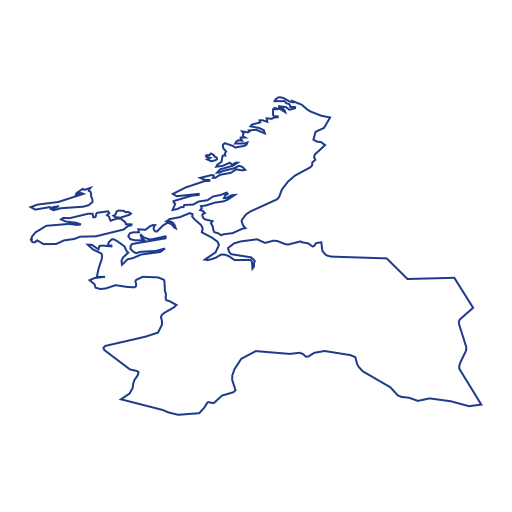 the County of Sør-Trøndelag
{"feature_id": "NOR-911", "entity_name": "Sør-Trøndelag", "entity_type": "County", "adm_level": 1, "iso_a3": "NOR", "parent_name": "Norway", "parent_adm1": "", "projection": "robinson", "projection_center": [9.786, 63.353], "detail": "fine", "context": "isolated", "style": "outline", "palette": "blue", "viewbox_px": 512, "rotation_deg": 0, "n_neighbors": 0, "source": "natural_earth", "source_scale": "10m", "svg_char_len": 6056}
<svg xmlns="http://www.w3.org/2000/svg" viewBox="0 0 512 512"><path d="M454.3,277.8L473.1,307.8L460.0,319.3L458.8,321.6L459.2,324.7L466.3,347.2L466.1,350.6L460.6,361.9L459.2,366.0L459.4,368.9L481.3,404.6L469.0,406.2L451.0,401.3L429.6,398.4L417.9,400.9L408.9,397.7L401.4,396.9L397.7,395.3L390.4,387.3L362.9,371.4L358.7,366.9L357.1,364.1L355.3,357.1L350.3,355.1L324.6,351.0L314.3,352.8L308.4,356.5L305.9,356.7L303.0,354.0L299.5,352.8L289.7,353.9L255.8,351.1L241.3,358.8L234.6,369.0L232.3,375.4L232.2,380.0L235.5,390.1L233.5,392.2L222.0,395.6L214.4,402.6L212.8,403.1L208.3,402.1L207.4,402.6L204.1,407.9L199.2,413.2L178.2,414.8L168.4,412.4L162.8,410.0L121.0,399.3L129.6,393.5L132.7,387.9L133.1,384.1L134.4,380.1L137.9,375.0L138.5,372.1L136.9,371.0L129.9,369.4L104.4,350.1L103.4,347.8L105.3,345.9L145.3,336.7L158.0,332.6L162.0,324.6L161.9,320.6L160.9,317.1L161.8,315.0L164.2,312.9L173.7,307.5L176.5,305.0L169.6,301.2L166.3,300.2L165.6,297.9L166.0,294.0L164.9,290.8L164.5,281.6L163.8,279.7L158.0,277.4L142.7,276.8L136.2,279.9L135.4,281.1L136.2,284.6L135.9,286.4L134.5,287.3L127.7,287.0L115.6,285.2L105.6,288.5L100.3,289.0L95.6,287.7L94.5,284.2L89.6,280.2L94.7,278.0L105.1,276.8L96.8,277.0L98.7,268.1L101.7,259.2L102.1,255.6L101.4,253.5L93.2,249.6L87.8,244.7L91.9,244.8L98.4,249.4L99.5,245.9L103.4,245.6L111.4,246.4L111.4,245.5L108.7,245.5L108.0,244.2L108.9,242.2L111.8,239.3L113.8,239.3L117.6,241.4L124.5,246.4L126.8,251.4L128.3,252.6L123.1,257.4L121.5,260.9L122.0,264.7L127.6,259.3L133.0,258.1L141.2,254.5L160.2,252.0L165.0,248.5L155.7,251.0L140.7,251.8L136.0,253.2L133.1,251.5L130.4,248.8L130.6,246.0L132.1,244.0L165.6,238.3L165.8,236.9L165.4,236.3L152.4,239.3L148.9,239.3L143.6,237.4L140.5,234.3L141.7,238.3L144.4,240.4L135.2,240.3L130.4,239.2L128.3,236.4L129.8,233.3L133.3,232.3L139.0,232.3L138.3,229.3L145.5,229.8L150.1,226.2L152.9,225.0L155.1,225.2L154.0,226.4L153.6,228.1L154.0,229.9L155.1,231.2L156.8,231.6L163.2,225.3L167.1,223.0L169.7,223.3L171.7,224.4L174.3,227.6L175.8,228.3L174.4,224.7L172.7,222.5L170.3,221.5L166.6,221.2L169.5,219.1L179.7,217.2L189.8,213.1L192.6,214.2L192.2,216.6L194.4,219.2L201.1,225.1L202.3,227.2L202.6,229.6L201.8,232.3L212.1,237.7L217.6,241.8L219.0,245.0L215.5,252.4L204.8,259.6L207.4,260.1L211.6,259.2L215.8,257.7L221.1,254.5L225.0,254.7L228.7,256.1L234.6,260.1L250.6,259.9L251.9,261.7L252.5,268.6L254.0,266.5L253.9,263.1L254.8,261.1L253.2,259.1L250.9,257.3L231.1,254.2L229.0,251.7L228.0,248.1L234.0,243.4L240.9,241.4L257.0,239.3L265.1,242.9L273.4,240.7L277.3,241.0L284.5,243.9L287.9,244.6L300.6,241.4L301.2,242.1L308.3,243.4L312.6,246.5L314.0,246.0L316.2,243.1L321.3,242.3L322.4,251.0L325.8,254.9L327.8,255.8L331.2,256.6L386.7,258.4L407.5,279.0L454.3,277.8ZM245.5,228.1L242.0,228.9L232.4,233.2L223.3,234.3L221.2,235.3L218.5,233.4L214.3,232.2L213.2,229.6L212.7,226.3L210.9,223.3L212.5,221.2L204.8,219.3L203.1,217.6L202.3,215.6L202.7,214.0L204.8,213.1L203.0,211.0L200.2,210.1L201.8,208.2L201.0,206.1L205.9,205.5L214.9,202.6L223.4,201.4L227.4,199.8L234.7,195.0L231.8,195.2L226.7,197.8L224.0,198.1L225.3,195.2L227.7,193.9L226.7,192.6L220.5,195.0L213.0,196.5L207.5,200.2L198.8,201.5L193.2,204.6L184.3,205.0L183.5,207.1L181.1,207.1L177.3,209.1L172.6,210.0L175.2,203.9L173.5,202.0L173.5,201.1L192.1,195.6L198.7,195.0L198.7,193.9L176.7,196.2L172.8,193.9L185.8,187.4L204.6,181.1L209.4,180.9L209.4,180.0L204.5,179.8L200.2,177.9L211.3,175.1L213.6,175.3L213.8,176.7L213.0,177.8L215.1,177.9L220.1,174.8L230.9,172.8L236.2,169.4L242.6,170.4L245.2,169.8L242.5,167.0L239.1,165.8L234.0,168.3L222.7,171.1L219.1,172.7L217.0,172.7L220.3,169.3L233.0,165.7L237.6,162.7L235.9,162.6L232.2,164.7L229.8,162.7L222.5,165.9L216.2,166.7L217.2,164.9L221.6,161.7L222.3,156.9L223.1,155.4L225.3,155.6L224.9,153.5L226.1,151.5L223.6,148.7L222.8,146.7L223.0,144.6L224.8,143.2L232.6,145.8L235.3,147.5L244.6,145.8L246.5,144.6L247.4,142.5L244.5,143.4L235.2,143.5L236.3,141.5L238.1,140.3L242.1,140.6L240.6,138.5L240.6,137.5L245.1,137.5L243.0,136.2L242.9,135.0L243.6,133.4L242.1,131.4L247.9,132.4L249.6,131.4L248.9,130.4L256.2,129.8L264.8,133.4L263.8,130.2L259.1,128.0L250.5,126.3L251.9,124.6L260.2,122.4L259.5,120.4L262.2,120.2L267.3,121.8L266.6,118.3L271.6,118.8L274.5,117.4L277.7,117.3L277.7,116.3L273.9,116.4L273.0,114.7L273.1,109.2L276.1,109.2L275.3,108.2L280.5,109.2L285.2,112.2L284.5,110.2L282.9,108.7L279.1,107.1L279.1,106.2L286.0,107.1L289.5,109.8L295.1,108.2L295.1,107.1L290.4,106.9L289.5,104.3L286.3,103.2L284.4,101.1L274.6,101.1L275.3,99.5L278.2,97.5L279.8,97.2L283.4,98.0L289.5,101.5L292.8,102.2L292.4,101.0L301.7,104.7L307.5,109.7L310.7,111.6L321.4,115.8L330.1,117.5L324.0,127.9L315.6,131.8L313.4,139.6L317.1,141.7L320.8,142.0L325.1,145.1L314.7,154.6L314.1,157.4L315.3,159.8L312.3,162.4L312.1,165.4L310.3,167.3L294.7,175.8L288.0,181.6L281.9,189.5L279.1,197.0L277.1,199.3L250.1,211.6L245.9,214.5L241.9,219.9L241.6,221.4L243.1,225.5L245.5,228.1ZM125.9,224.2L131.5,224.4L131.4,225.2L127.6,226.3L123.7,229.5L95.9,236.3L80.2,236.7L74.0,239.0L64.0,240.4L56.2,244.0L43.5,244.1L37.2,240.4L36.3,240.7L35.5,242.1L33.4,242.4L32.2,241.9L31.5,241.0L31.8,239.3L31.0,239.3L32.2,236.3L35.5,232.4L46.3,225.8L69.2,223.9L77.3,225.0L80.9,224.4L76.3,222.8L65.5,221.5L61.1,219.3L63.3,217.9L69.6,218.2L88.3,213.7L92.6,213.8L93.3,217.2L94.7,217.3L95.6,216.7L96.3,213.7L97.2,212.8L108.0,211.3L109.3,213.1L107.0,215.1L109.0,216.6L110.5,220.7L117.3,218.5L120.8,218.7L125.4,222.3L125.9,224.2ZM49.7,207.1L35.3,209.6L30.7,207.1L37.4,204.6L58.2,202.0L83.4,193.9L81.6,193.1L79.5,193.2L75.8,195.0L76.6,193.1L82.8,188.8L84.4,189.9L90.4,187.9L88.8,189.9L88.8,190.9L90.3,191.5L90.9,192.9L91.1,196.0L92.5,199.9L92.5,202.0L88.7,205.2L83.3,206.7L61.2,208.2L53.4,210.2L51.2,209.1L59.0,206.1L52.9,207.2L51.2,208.2L49.7,207.1ZM128.0,211.9L130.9,213.5L129.9,214.6L120.4,217.7L115.2,217.1L113.4,215.7L115.3,214.8L116.5,211.6L118.3,210.6L123.9,210.8L125.6,212.3L128.0,211.9ZM214.4,156.5L216.6,157.5L217.1,159.0L215.4,160.3L211.3,161.2L207.1,159.4L210.1,157.8L206.4,156.9L205.9,155.8L206.8,155.1L209.4,155.1L210.9,153.5L214.1,155.3L214.4,156.5Z" fill="none" stroke="#1e3a8a" stroke-width="2"/></svg>